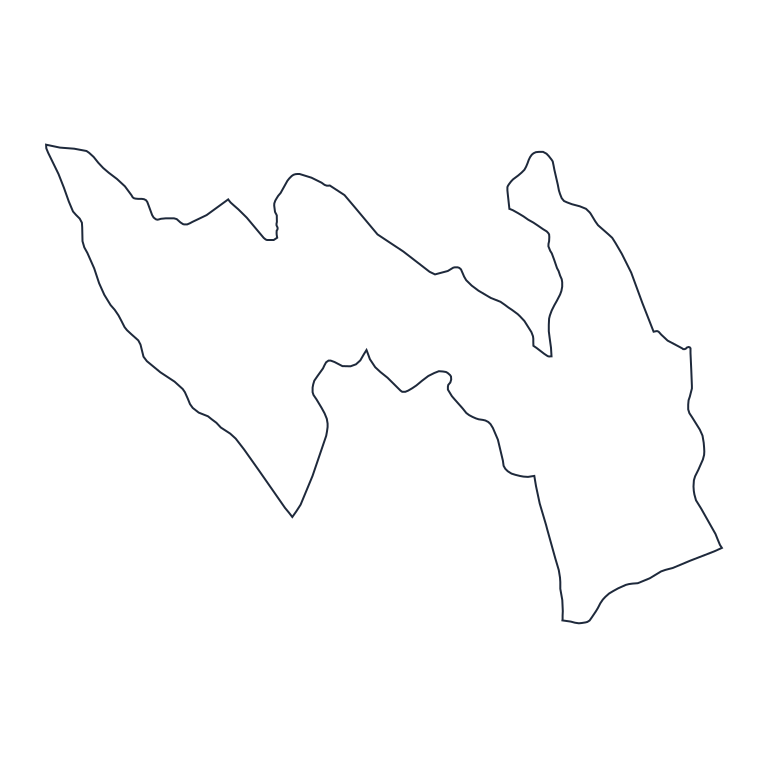 the district of Lai Chau, Lai Chau, Vietnam
{"feature_id": "81297802B74546691476320", "entity_name": "Lai Chau", "entity_type": "district", "adm_level": 2, "iso_a3": "VNM", "parent_name": "Vietnam", "parent_adm1": "Lai Chau", "projection": "equal_earth", "projection_center": [103.45, 22.387], "detail": "fine", "context": "isolated", "style": "outline", "palette": "slate", "viewbox_px": 768, "rotation_deg": 0, "n_neighbors": 0, "source": "geoboundaries", "source_scale": "gbopen_adm2", "svg_char_len": 5313}
<svg xmlns="http://www.w3.org/2000/svg" viewBox="0 0 768 768"><path d="M329.8,185.5L328.3,185.7L326.9,185.7L324.6,184.9L321.6,182.7L311.5,177.7L299.6,174.0L297.3,174.0L295.4,174.2L293.5,174.8L291.7,176.0L289.3,178.4L287.4,180.8L283.5,187.8L280.6,193.0L278.2,195.8L276.7,198.2L275.3,200.6L274.3,203.4L274.2,205.6L275.0,211.8L275.6,213.1L276.0,213.8L276.2,214.1L276.8,215.5L276.8,217.1L276.9,221.9L276.5,223.7L276.5,225.2L276.9,226.2L277.5,227.4L277.6,228.3L277.6,228.7L277.4,229.6L276.7,230.6L276.6,232.0L276.6,233.6L276.7,234.9L277.2,237.7L273.7,240.0L269.5,240.0L267.0,240.0L265.7,239.5L263.7,237.9L246.8,217.7L238.4,209.4L233.6,205.2L230.6,202.5L228.9,200.4L228.2,199.4L206.6,215.1L196.8,219.8L192.6,221.8L189.8,223.3L187.2,224.4L186.0,224.4L184.1,224.4L183.0,224.1L180.4,222.4L176.7,219.1L173.9,218.3L166.1,218.3L160.9,218.8L158.9,219.4L157.6,219.7L156.1,219.4L155.1,218.7L153.6,217.5L152.1,215.0L150.6,210.9L148.5,205.2L147.3,202.0L146.0,200.2L144.0,199.2L142.0,198.9L138.5,198.9L135.4,198.6L133.9,198.2L132.7,197.3L131.4,195.1L124.9,186.3L117.0,179.0L108.7,172.7L103.2,168.0L98.4,162.9L93.6,156.9L89.1,152.8L86.5,151.0L74.2,148.7L59.9,147.6L46.1,144.7L46.3,148.3L48.1,152.7L58.5,174.0L63.9,187.7L68.8,201.5L73.0,211.5L75.9,214.8L79.7,218.6L81.9,222.7L82.2,227.2L82.5,241.2L84.3,247.4L87.4,253.0L94.2,268.4L99.1,283.2L104.3,294.8L110.6,305.1L114.7,309.8L118.5,315.4L121.2,320.5L124.6,327.2L127.0,330.2L131.1,334.0L138.3,340.4L140.5,344.6L143.5,356.7L146.9,361.2L160.4,372.3L174.5,381.6L182.7,389.0L184.9,392.2L187.8,398.7L190.0,404.1L192.7,407.9L198.7,412.6L208.0,416.3L211.6,419.2L216.4,422.8L220.8,427.5L230.2,433.6L235.7,438.6L244.1,449.5L259.1,470.7L276.8,496.1L285.0,507.9L288.9,512.6L292.3,517.0L296.2,511.5L300.6,504.7L312.5,476.0L326.2,435.8L327.0,431.4L327.6,427.0L327.6,423.6L326.8,418.8L324.6,413.4L321.6,407.9L316.5,399.4L313.5,395.0L312.6,392.2L312.6,390.9L312.6,389.2L312.6,387.5L313.2,384.4L314.3,380.7L317.6,375.9L323.0,368.4L324.4,365.4L326.1,362.3L328.5,360.6L330.7,360.6L334.5,362.0L342.4,366.1L350.5,366.3L356.0,364.3L360.3,360.4L363.7,354.5L366.5,350.0L366.8,350.7L369.9,359.2L375.2,367.2L380.5,372.1L387.5,377.7L400.5,390.6L402.2,391.8L405.3,391.8L408.2,390.6L412.3,388.2L416.3,385.5L422.1,380.7L428.3,376.0L434.3,373.0L438.9,371.2L443.0,371.5L446.0,372.0L447.6,372.9L450.0,375.0L451.0,376.5L451.2,379.5L450.3,382.5L448.3,384.8L447.9,386.6L447.9,389.6L451.9,396.2L454.3,399.0L462.7,408.5L466.3,413.0L469.1,415.1L472.5,416.9L475.9,418.4L478.7,419.3L482.8,419.9L485.4,420.5L488.3,422.0L490.5,424.1L492.9,428.0L497.9,439.7L502.9,460.7L503.6,465.8L505.3,468.8L507.7,471.2L509.1,472.1L511.5,473.6L515.3,474.8L520.1,476.0L523.5,476.6L528.0,476.9L534.3,475.9L536.0,486.1L539.7,503.5L546.1,525.1L547.2,529.3L555.3,558.4L558.8,570.2L560.0,577.6L560.3,582.0L560.3,586.3L560.3,588.8L561.5,595.6L562.3,600.1L562.8,611.2L562.6,615.6L562.6,619.0L562.4,620.4L570.8,621.6L574.9,622.7L578.9,623.3L581.8,623.0L585.6,622.4L587.4,621.9L589.6,620.5L591.8,617.4L595.9,611.3L597.9,608.0L600.3,603.3L602.8,599.6L605.3,596.9L609.1,593.5L613.3,591.0L618.2,588.3L625.8,584.9L628.9,584.1L632.5,583.6L637.8,583.2L649.7,578.3L661.1,571.4L665.4,569.9L668.4,569.1L672.7,568.0L689.9,560.8L714.4,551.3L721.9,547.9L720.0,545.0L717.7,539.5L715.5,534.0L711.2,526.4L701.1,508.5L696.0,500.3L694.4,494.5L693.8,490.9L693.5,486.5L693.9,480.3L695.1,476.3L698.4,469.7L702.9,459.5L704.1,454.9L704.3,451.6L704.1,447.5L703.7,442.7L702.5,435.6L699.8,429.6L692.0,417.1L689.4,413.2L688.2,409.4L688.2,406.9L688.2,404.6L688.6,400.2L689.8,396.7L691.1,391.6L691.9,388.5L691.9,386.0L691.3,370.7L690.5,353.1L690.5,350.1L690.5,348.8L690.5,348.3L689.7,347.3L688.5,347.0L686.8,347.6L685.9,348.6L684.8,349.1L683.1,349.1L682.4,348.5L679.7,347.0L667.6,340.6L661.2,334.6L658.8,331.9L657.6,331.2L656.5,331.1L653.6,331.7L642.4,303.1L631.2,272.6L621.8,253.8L615.9,243.7L615.3,242.7L612.2,237.8L608.6,234.5L598.0,225.2L595.3,221.4L590.6,213.6L589.7,212.4L586.0,208.8L579.8,206.3L571.9,204.2L567.1,202.4L564.0,201.0L561.7,198.2L560.0,193.9L558.9,190.4L557.8,184.7L554.4,169.9L553.6,165.7L552.7,161.4L551.6,159.7L548.8,156.1L546.5,153.7L543.1,151.9L538.6,151.9L535.8,152.2L533.5,153.3L531.8,154.7L530.1,157.1L528.7,160.0L527.6,163.1L526.1,166.7L524.4,169.8L521.6,172.6L518.2,175.5L513.1,179.3L511.1,181.4L509.2,183.9L508.0,185.7L507.4,187.1L507.4,190.3L507.7,193.4L509.4,208.9L509.9,209.0L512.8,210.2L518.0,213.1L523.5,216.4L528.2,219.7L533.4,222.6L537.9,225.6L543.1,229.2L546.7,231.4L548.3,233.1L549.1,234.4L549.3,237.0L549.1,241.2L548.5,243.8L548.4,246.3L550.2,250.8L551.8,253.4L554.1,259.6L557.0,268.1L558.6,271.1L560.1,275.6L561.7,279.2L562.2,282.2L562.2,284.4L562.2,286.7L561.4,290.9L560.1,294.5L556.9,300.7L554.3,305.3L551.7,310.5L549.9,315.4L549.1,318.6L548.8,324.8L548.8,331.3L549.7,338.3L551.0,347.8L551.5,356.3L551.1,356.3L549.3,356.5L548.2,356.3L547.5,356.0L544.2,353.8L536.5,347.9L533.4,345.8L533.3,341.7L533.3,338.7L533.0,336.3L531.4,332.1L524.4,321.0L519.9,316.2L517.7,314.1L512.0,309.9L508.4,307.5L504.8,304.8L500.5,301.8L490.7,297.9L478.5,290.7L471.7,285.6L466.2,280.2L464.1,276.6L462.7,273.3L461.9,271.5L461.0,269.4L459.3,267.9L457.6,267.3L454.8,267.3L453.2,267.7L447.8,271.0L435.0,274.4L429.6,271.8L414.7,260.3L403.3,251.5L389.7,242.5L377.5,234.4L355.0,207.5L344.5,195.1L329.8,185.5Z" fill="none" stroke="#1e293b" stroke-width="2"/></svg>